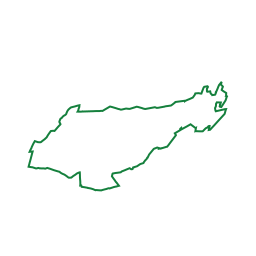 Stabulnieku pag., Riebinu, Latvia, rotated 143°
{"feature_id": "27541924B26776219587555", "entity_name": "Stabulnieku pag.", "entity_type": "district", "adm_level": 2, "iso_a3": "LVA", "parent_name": "Latvia", "parent_adm1": "Riebinu", "projection": "equal_earth", "projection_center": [26.726, 56.44], "detail": "fine", "context": "isolated", "style": "outline", "palette": "green", "viewbox_px": 256, "rotation_deg": 143, "n_neighbors": 0, "source": "geoboundaries", "source_scale": "gbopen_adm2", "svg_char_len": 5198}
<svg xmlns="http://www.w3.org/2000/svg" viewBox="0 0 256 256"><g transform="rotate(143 128 128)"><path d="M25.3,108.5L27.0,108.1L29.0,107.6L29.5,107.5L30.1,107.1L30.9,106.7L32.5,105.7L33.7,105.0L35.3,104.1L35.8,103.9L36.1,103.9L36.4,103.7L36.4,103.3L37.5,102.7L37.9,102.4L38.1,102.3L38.3,102.2L38.8,102.4L39.4,102.7L40.1,103.1L40.5,103.3L40.7,103.5L40.9,103.6L40.8,103.8L40.8,104.0L41.2,105.7L41.2,105.8L40.6,107.1L40.3,107.8L42.8,109.2L42.9,109.3L42.8,109.9L42.7,110.0L42.0,111.0L41.3,111.9L41.1,111.9L39.4,112.7L39.4,112.8L39.4,113.5L42.3,115.0L43.2,114.8L43.7,114.5L46.6,112.7L48.1,111.7L48.7,111.3L49.2,111.7L50.6,113.3L53.4,115.1L53.8,114.9L54.7,114.3L57.9,113.3L61.1,114.0L63.3,114.6L64.1,114.8L66.0,115.2L66.3,115.2L66.1,115.5L74.4,120.2L74.5,120.1L78.5,120.0L80.2,120.1L82.4,121.3L83.5,121.9L83.6,122.0L85.3,122.9L86.0,123.1L87.1,123.7L87.4,123.8L89.7,125.0L91.2,125.7L92.9,126.7L94.0,128.4L98.4,130.6L102.8,132.8L103.0,133.0L104.1,134.3L105.0,135.7L105.4,136.2L107.3,138.7L108.0,139.5L108.3,139.8L110.7,140.6L110.8,140.7L111.8,141.0L113.4,141.6L115.1,142.2L116.4,143.3L117.5,144.4L117.9,144.7L118.3,144.9L121.9,146.5L122.7,147.0L123.7,148.4L124.2,148.9L125.8,151.2L128.1,154.3L128.5,154.8L129.2,155.7L129.5,156.0L131.3,156.2L135.5,156.7L137.6,156.9L137.9,157.0L138.1,157.0L139.2,157.9L140.6,158.7L142.7,160.3L144.7,161.7L146.2,162.7L146.7,163.1L147.3,163.5L150.0,165.4L154.1,168.3L154.2,168.5L154.3,168.5L155.8,169.4L158.4,171.4L157.5,171.8L157.1,172.0L156.3,172.7L156.0,173.0L155.3,173.4L154.6,173.8L154.4,174.0L154.1,174.3L153.7,174.7L153.4,175.1L153.1,175.4L154.6,176.1L156.1,176.7L157.5,177.2L159.1,177.9L160.1,178.3L160.4,178.4L160.7,178.6L160.9,178.6L161.4,178.8L164.2,178.6L165.0,178.4L165.7,178.2L166.2,178.0L166.8,177.7L167.3,177.4L168.2,176.9L168.4,176.7L168.7,176.5L169.2,176.3L169.7,176.2L170.0,176.2L170.3,176.2L170.6,176.2L171.2,176.3L171.9,176.4L172.1,176.4L172.5,176.4L173.4,176.3L175.0,175.9L175.5,176.0L176.2,176.0L176.4,176.0L176.6,175.9L176.9,175.7L177.3,175.5L177.4,175.4L178.9,174.5L179.0,174.3L179.1,174.1L179.3,173.8L179.4,173.6L179.3,173.2L179.4,172.8L179.6,171.7L179.8,171.6L180.1,171.5L183.2,171.0L188.2,169.9L188.3,169.9L188.5,169.9L188.7,170.0L188.9,170.4L190.2,171.3L191.3,171.9L191.5,172.0L193.8,171.3L195.9,170.6L196.7,170.3L197.4,170.0L198.4,169.6L198.5,169.5L199.3,169.4L200.7,169.3L200.9,169.2L201.8,169.2L204.3,169.2L205.7,169.1L206.0,169.2L206.3,169.2L206.9,169.6L208.4,170.8L210.3,173.6L211.0,173.3L213.1,172.4L215.4,171.2L216.0,170.9L216.5,170.6L217.2,170.1L218.1,169.7L219.7,168.9L220.9,168.2L218.3,166.6L220.4,165.0L221.5,164.1L222.4,163.4L222.8,163.1L224.4,161.8L225.6,160.9L226.2,160.4L227.8,159.2L228.0,159.0L230.7,156.9L228.6,154.7L228.2,154.4L228.0,154.2L225.9,151.2L225.4,150.8L225.2,150.7L223.7,150.1L223.1,149.4L222.8,148.9L220.7,147.3L219.4,146.3L219.3,146.1L218.5,145.3L216.5,144.7L216.0,144.0L214.9,142.5L214.7,142.2L213.0,139.6L212.4,138.7L209.9,135.3L209.0,134.2L208.9,133.3L208.4,131.9L207.8,130.7L206.8,129.0L205.9,126.3L205.7,125.3L205.3,124.1L204.5,123.4L203.1,122.5L200.6,122.6L198.3,122.4L197.5,122.4L195.9,122.4L193.5,121.8L193.2,121.6L193.6,121.0L194.2,120.1L195.2,118.7L196.0,117.6L196.4,117.0L196.9,116.2L197.3,115.6L197.9,114.6L198.5,113.7L199.3,112.6L199.9,111.8L200.3,111.3L200.6,111.0L200.8,110.8L199.9,110.2L200.4,108.9L198.4,106.9L196.2,104.5L196.2,104.3L195.3,103.4L194.2,102.2L192.6,100.0L191.9,98.7L191.4,97.9L191.2,97.9L190.4,97.3L188.5,95.6L187.9,95.1L187.2,94.5L187.1,94.4L186.9,94.4L186.7,94.2L185.0,93.6L184.6,93.4L184.0,93.2L182.2,92.4L180.1,91.7L179.7,91.5L179.6,91.4L179.4,91.3L179.1,90.8L175.6,89.6L174.9,89.4L174.3,89.1L173.5,88.8L172.8,88.4L170.0,87.3L170.0,89.1L170.0,91.6L170.1,91.9L170.1,93.1L170.0,93.9L170.0,96.1L169.9,99.1L168.0,100.7L167.9,100.7L167.7,100.7L167.5,100.8L164.9,99.5L164.7,99.4L163.4,98.6L163.0,98.4L160.5,97.0L159.2,97.1L155.6,96.1L154.3,95.8L150.9,94.9L150.3,93.2L150.1,93.1L149.7,92.7L149.0,92.5L147.6,93.4L146.6,92.9L146.5,93.0L143.8,92.0L141.4,91.9L139.8,91.8L136.8,90.7L135.5,91.3L134.7,91.5L133.7,91.8L131.9,92.0L130.5,92.7L130.2,92.5L127.1,94.1L120.1,95.8L119.3,95.7L118.2,95.3L116.9,95.0L116.4,94.8L116.0,94.2L115.4,93.4L115.9,92.9L113.4,91.7L113.5,91.6L108.0,89.6L107.9,89.5L105.2,90.2L105.0,90.3L94.1,93.4L94.0,93.5L93.8,95.6L87.8,94.9L86.8,95.9L85.4,96.0L86.0,94.7L83.9,94.4L83.1,94.3L79.8,93.8L78.9,93.7L77.4,93.5L75.8,93.3L75.5,92.2L75.3,91.5L74.0,87.0L73.9,87.0L76.1,84.9L75.8,84.8L75.3,84.3L72.6,82.1L71.6,81.3L70.3,80.4L70.2,80.4L68.2,80.7L66.2,81.0L65.3,80.9L64.6,80.6L62.6,81.0L61.8,80.7L61.6,80.5L64.7,77.8L63.5,77.2L60.8,77.7L60.2,77.8L57.3,78.3L51.6,79.4L42.4,81.1L42.1,81.3L40.8,82.3L39.5,83.3L38.3,84.1L39.2,84.7L42.6,86.2L46.2,87.8L46.6,88.0L47.8,88.5L47.7,89.2L47.2,90.2L46.7,91.2L46.6,91.4L46.4,91.6L44.8,92.4L44.7,92.5L43.9,93.4L43.2,94.3L41.6,95.0L38.5,92.5L40.0,91.4L40.4,91.4L40.7,91.0L40.8,90.9L40.9,90.7L41.0,90.6L41.7,90.2L41.8,90.1L41.8,89.8L41.8,89.7L40.9,88.6L40.3,88.8L33.8,91.2L33.5,91.3L31.2,92.9L31.1,93.1L29.9,93.7L30.1,94.3L30.4,94.6L30.2,94.7L29.2,96.1L28.5,96.8L28.5,97.0L28.7,97.4L29.6,99.8L30.3,102.0L30.2,102.1L28.2,103.4L27.4,103.8L27.3,104.5L27.7,106.8L25.5,108.4L25.3,108.5Z" fill="none" stroke="#15803d" stroke-width="2"/></g></svg>